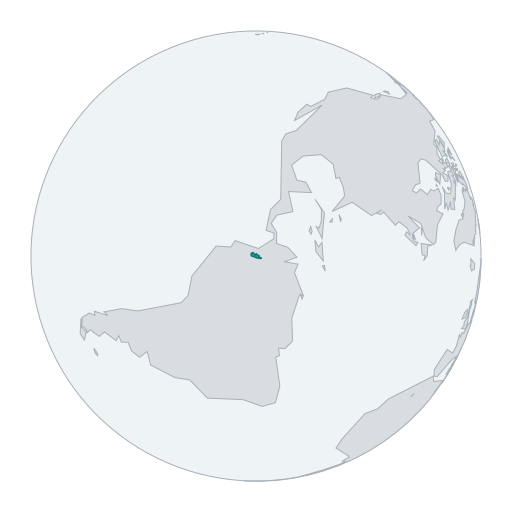 Huila highlighted on a globe, orthographic projection, rotated 71°
{"feature_id": "COL-1405", "entity_name": "Huila", "entity_type": "Department", "adm_level": 1, "iso_a3": "COL", "parent_name": "Colombia", "parent_adm1": "", "projection": "orthographic", "projection_center": [-75.51, 2.666], "detail": "fine", "context": "on_globe", "style": "filled", "palette": "teal", "viewbox_px": 512, "rotation_deg": 71, "n_neighbors": 0, "source": "natural_earth", "source_scale": "10m", "svg_char_len": 8726}
<svg xmlns="http://www.w3.org/2000/svg" viewBox="0 0 512 512"><g transform="rotate(71 256 256)"><circle cx="256" cy="256" r="225" fill="#eef3f6" stroke="#a8b0b8"/><path d="M245.6,233.8L240.3,231.4L235.1,238.1L216.9,227.3L210.5,214.2L155.6,194.2L150.2,187.8L150.5,177.2L134.8,144.3L140.4,175.4L133.8,169.5L129.0,158.5L132.4,155.6L130.2,139.8L124.6,134.3L126.6,115.7L142.3,92.8L143.7,96.0L147.3,90.8L145.9,86.8L144.0,85.6L154.5,67.8L152.0,61.0L143.8,64.1L151.4,59.9L131.0,70.2L124.9,73.1L136.3,66.8L141.0,64.1L139.1,64.1L143.5,61.4L145.1,60.1L150.5,57.1L156.8,54.5L160.4,52.8L158.8,53.0L163.3,50.8L165.0,50.5L172.9,46.7L184.9,43.3L185.1,47.9L196.2,46.0L208.3,51.6L211.8,49.6L218.5,51.5L225.0,50.1L225.4,52.2L230.2,49.4L228.6,47.7L230.1,46.1L233.8,45.4L234.9,47.7L233.3,48.4L235.5,48.8L234.5,50.4L237.1,49.2L238.1,52.5L242.5,48.2L247.8,50.2L247.0,52.7L240.0,53.6L220.8,64.2L217.8,68.3L220.6,72.5L240.8,77.3L240.5,81.8L245.2,87.1L248.6,83.7L246.2,78.5L253.8,74.0L249.9,68.9L252.4,66.7L251.3,61.6L259.0,61.3L267.2,64.1L268.6,68.6L272.2,70.2L277.1,65.5L285.6,74.3L301.5,81.5L302.9,84.4L294.4,89.5L278.8,89.7L267.8,99.0L282.7,92.3L285.8,100.6L289.6,102.0L293.9,101.5L295.7,98.3L298.4,101.4L284.8,108.4L282.1,105.7L286.5,103.3L279.1,103.8L270.0,109.9L272.3,114.3L255.9,121.0L257.4,124.4L254.7,128.2L253.4,122.0L255.3,133.7L236.5,147.5L238.7,169.6L228.2,152.7L219.3,151.0L208.6,151.7L208.7,155.2L194.4,153.1L181.5,161.1L176.8,179.0L181.7,192.7L197.6,192.7L202.4,184.8L214.1,182.9L205.7,204.2L226.1,206.7L224.1,222.8L230.0,231.1L240.3,228.7L250.8,232.6L258.3,223.0L270.4,217.7L270.8,230.8L277.4,218.8L284.2,225.0L308.2,224.2L306.4,227.2L326.6,242.5L348.1,249.0L353.1,258.6L350.5,264.6L357.9,266.3L358.0,270.2L386.8,275.8L401.0,285.4L400.2,299.1L387.6,315.0L374.6,348.1L351.5,359.1L344.6,372.2L324.7,391.2L310.9,389.9L313.8,399.1L305.3,404.6L296.0,405.0L293.5,411.4L286.6,411.6L290.6,415.8L278.5,423.9L280.9,430.5L271.8,436.8L273.6,440.5L270.5,440.4L267.1,441.8L266.4,443.8L257.4,440.4L255.7,431.9L259.7,427.6L255.6,426.8L264.1,415.4L259.4,417.8L262.0,400.3L269.5,385.5L275.8,341.9L271.2,333.1L254.1,323.1L233.6,290.4L239.3,276.9L234.7,270.6L249.7,251.3L245.6,233.8ZM46.0,184.7L47.7,179.7L47.3,182.7L46.0,184.7ZM48.2,176.8L47.7,178.5L48.1,177.1L48.2,176.8ZM48.2,176.0L48.2,176.6L48.0,176.4L48.2,176.0ZM47.9,175.5L48.1,175.5L47.9,175.5ZM237.5,177.3L260.9,187.8L247.7,189.4L250.2,187.3L244.3,182.9L233.2,179.0L221.6,181.7L237.5,177.3ZM48.1,173.2L48.3,172.4L48.6,172.0L48.1,173.2ZM247.9,164.7L243.8,163.9L247.8,163.7L247.9,164.7ZM142.4,85.7L145.4,87.2L145.1,92.1L142.1,91.0L142.4,85.7ZM143.6,77.6L146.2,77.1L141.9,81.9L141.8,80.6L143.6,77.6ZM137.0,67.3L138.5,67.3L135.5,68.4L137.0,67.3ZM144.4,60.5L142.5,61.5L144.2,60.5L144.4,60.5ZM247.1,62.2L249.1,61.9L248.3,63.0L247.1,62.2ZM244.6,60.4L242.2,61.9L240.6,61.3L242.2,60.4L244.6,60.4ZM156.5,53.9L154.9,54.7L153.9,55.2L155.8,54.2L156.5,53.9ZM248.0,58.8L238.2,60.1L235.6,59.1L239.3,55.1L248.0,58.8ZM165.3,49.8L164.6,50.1L163.7,50.5L165.3,49.8ZM226.5,47.6L228.3,49.3L223.4,48.7L226.5,47.6ZM222.9,47.7L205.5,49.6L204.5,47.3L210.5,46.9L206.6,44.9L214.7,42.8L218.7,43.4L217.7,45.2L221.6,43.1L222.9,47.7ZM230.4,45.5L226.9,45.8L225.8,43.8L232.5,42.7L230.7,43.6L230.4,45.5ZM201.6,45.7L202.0,44.2L208.6,42.0L209.7,41.2L214.8,42.5L201.6,45.7ZM232.8,43.7L236.0,42.2L239.8,42.7L233.6,45.0L232.8,43.7ZM222.7,43.8L222.6,42.8L224.8,42.9L222.7,43.8ZM255.1,44.1L251.0,44.1L250.1,42.9L255.1,44.1ZM236.9,41.7L235.5,41.6L234.7,41.2L237.5,40.4L236.9,41.7ZM219.2,41.1L221.9,40.6L217.4,40.4L222.2,39.1L224.8,40.3L225.7,39.3L227.2,38.9L227.6,40.4L219.2,41.1ZM237.9,38.8L242.8,40.6L250.6,40.5L251.6,41.4L238.9,41.4L237.9,38.8ZM231.8,39.5L235.8,39.2L235.0,40.3L231.8,41.2L231.8,39.5ZM224.6,37.9L216.5,39.5L216.2,39.2L224.6,37.9ZM240.3,38.5L239.0,38.1L240.9,38.3L240.3,38.5ZM229.6,37.7L226.8,38.2L226.5,37.9L229.6,37.7ZM238.9,37.1L240.5,37.5L238.4,38.1L238.9,37.1ZM234.8,37.1L235.1,36.6L236.7,38.0L233.5,37.4L234.8,37.1ZM229.8,37.3L228.7,37.2L231.0,37.1L229.8,37.3ZM246.0,35.1L248.5,36.8L243.9,37.8L242.1,35.9L246.0,35.1ZM272.3,447.6L258.0,441.7L266.1,444.4L272.4,441.2L279.6,445.6L272.3,447.6ZM290.4,439.2L297.3,437.4L298.7,438.4L294.3,440.0L290.4,439.2ZM419.5,101.0L413.2,95.0L417.7,99.7L425.0,107.0L428.4,111.0L433.5,117.3L428.4,111.1L416.3,99.4L417.3,103.8L429.1,124.0L427.5,126.8L421.4,124.3L406.6,105.6L411.8,101.7L406.6,96.0L396.6,89.2L399.0,89.0L395.5,86.1L396.6,84.8L389.3,77.1L389.1,75.7L377.7,67.6L376.0,66.1L383.2,71.1L388.1,74.3L386.9,72.6L403.9,86.0L419.5,101.0ZM354.3,53.3L359.0,55.7L363.9,58.3L368.0,60.6L381.6,69.1L384.0,71.0L370.1,62.5L372.0,64.8L360.4,58.2L333.5,44.5L331.3,43.7L354.3,53.3ZM464.8,340.6L471.5,321.1L476.3,303.1L478.7,289.7L480.1,261.4L480.2,244.8L479.3,238.4L478.1,240.8L476.4,233.3L475.2,233.6L463.6,242.9L456.7,233.7L440.5,204.2L440.2,191.1L434.3,177.2L427.3,127.5L432.4,128.8L434.4,120.2L435.8,121.4L442.7,131.5L447.9,138.0L455.9,152.1L462.8,166.8L468.7,181.9L473.5,197.4L477.2,213.2L479.7,229.2L481.0,245.4L481.2,261.6L480.2,277.8L478.1,293.9L474.8,309.8L470.3,325.4L464.8,340.6ZM437.4,151.1L439.4,155.2L439.5,155.2L437.4,151.1ZM308.9,224.0L311.8,226.5L308.0,226.6L308.9,224.0ZM245.9,194.7L250.8,194.9L253.4,196.9L249.6,197.6L245.9,194.7ZM287.2,194.3L292.9,195.4L287.0,196.5L287.2,194.3ZM264.6,189.2L282.7,194.0L271.4,197.9L259.9,195.1L267.8,193.9L264.6,189.2ZM245.6,171.9L248.7,172.8L247.8,175.1L245.6,171.9ZM250.8,164.6L249.6,164.9L248.0,163.0L250.8,164.6ZM286.6,100.1L287.8,99.7L292.2,99.9L290.3,101.3L286.6,100.1ZM311.2,93.9L315.0,99.0L310.9,96.0L308.9,98.5L297.9,95.8L303.0,85.7L302.6,90.5L311.2,93.9ZM284.5,90.3L290.9,92.6L283.7,90.6L284.5,90.3ZM375.4,73.6L378.6,74.8L382.5,78.1L382.7,81.8L377.1,76.7L375.4,73.6ZM382.4,75.8L368.5,67.5L367.8,65.5L370.6,67.9L371.5,67.4L376.2,71.3L389.0,78.3L393.3,81.9L391.4,85.5L389.7,82.1L386.6,80.9L382.4,75.8ZM334.5,55.7L328.5,53.8L334.7,51.7L339.6,53.9L340.2,57.2L334.7,56.6L334.5,55.7ZM256.4,52.2L253.7,52.8L253.4,52.0L255.4,50.8L256.4,52.2ZM253.3,44.2L267.9,49.3L265.5,50.1L276.9,53.1L275.1,56.4L267.8,54.2L275.0,59.4L267.7,58.8L273.2,62.3L257.1,57.1L250.9,57.3L258.5,55.7L260.3,52.5L259.2,51.2L251.4,47.9L238.8,47.4L238.6,44.8L241.7,43.1L244.7,42.8L244.0,44.4L248.5,42.9L249.7,45.1L253.3,44.2ZM279.3,33.5L277.1,34.1L286.5,34.3L287.7,35.3L288.7,35.3L292.3,36.4L298.6,38.0L298.1,38.5L300.7,39.0L303.2,40.0L306.6,40.9L307.0,42.3L311.2,43.7L308.9,43.6L316.2,45.7L310.9,44.8L313.6,46.6L317.3,46.5L310.6,54.8L311.8,60.1L315.7,65.3L306.2,64.0L296.5,58.6L288.1,52.3L288.2,47.9L283.9,48.5L282.7,46.7L286.6,47.0L279.9,45.5L279.9,44.2L272.4,40.6L262.6,40.1L259.6,39.1L263.5,38.7L257.8,38.0L263.1,36.7L261.0,36.1L264.2,34.5L272.8,34.6L269.9,34.0L272.2,33.2L279.3,33.5ZM247.2,34.6L257.2,33.8L262.8,34.1L255.0,36.8L256.1,37.5L251.3,40.0L243.3,39.6L245.4,38.8L245.6,38.1L248.0,38.5L246.2,37.6L249.1,36.8L248.4,36.0L251.9,35.8L247.2,34.6ZM433.1,117.3L433.4,117.5L432.9,116.6L436.8,121.7L433.1,117.3ZM425.1,109.4L424.8,108.5L430.0,114.5L429.7,114.7L425.1,109.4ZM420.1,103.2L424.3,108.0L421.8,105.5L420.1,103.2ZM382.4,70.3L381.5,69.4L383.2,70.5L385.7,72.4L382.4,70.3ZM307.4,36.8L305.2,36.4L303.9,36.1L296.4,34.8L294.9,34.3L298.8,34.9L307.4,36.8ZM304.5,36.0L301.6,35.4L302.6,35.6L304.5,36.0ZM293.4,33.9L293.9,33.9L293.8,34.1L293.4,33.9Z" fill="#d9dde1" stroke="#a8b0b8" stroke-width="1"/><path d="M258.4,254.9L258.2,255.0L257.9,255.3L257.8,255.5L257.8,255.8L258.0,255.9L258.0,256.0L257.9,256.3L257.5,256.5L257.4,256.6L257.2,256.5L256.9,257.1L256.8,257.3L256.7,257.4L256.4,257.6L256.3,257.8L256.1,258.0L255.8,258.5L255.5,258.8L255.3,259.1L255.1,259.4L254.8,259.7L254.8,259.8L254.7,259.9L254.4,260.1L254.2,260.3L253.8,260.3L253.5,260.3L253.4,260.2L253.2,260.2L252.9,260.1L252.7,260.0L252.5,259.9L252.3,259.6L252.1,259.3L251.8,259.1L251.7,258.9L251.7,258.7L251.9,258.6L251.9,258.4L251.8,258.2L252.0,258.1L252.3,258.2L252.5,257.9L252.6,257.6L252.5,257.2L252.8,257.1L253.0,257.2L253.5,257.2L253.9,257.0L254.0,256.9L254.2,256.7L254.3,256.8L254.5,256.9L254.8,256.8L254.8,256.5L254.8,256.4L254.9,256.0L254.9,255.9L254.8,255.7L254.7,255.7L254.4,255.4L254.0,255.0L254.1,254.9L254.3,255.0L254.6,255.1L254.8,255.1L254.9,254.9L255.1,254.7L255.5,254.4L255.6,254.2L255.8,253.8L255.9,253.6L256.0,253.4L256.3,253.3L256.4,253.2L256.5,253.2L256.8,253.1L257.0,253.2L257.3,253.2L257.5,253.0L257.9,253.0L257.8,253.3L257.7,253.4L257.7,253.5L257.8,253.5L258.1,253.6L258.4,253.5L258.6,253.3L258.7,253.1L258.8,253.0L258.9,252.9L258.9,252.7L259.0,252.6L259.0,252.4L259.2,252.2L259.3,252.0L259.4,251.9L259.7,251.7L259.8,251.8L260.0,251.9L260.0,252.0L259.9,252.2L259.8,252.4L259.5,252.8L259.4,253.1L259.4,253.4L259.4,253.5L259.3,253.9L259.2,253.9L259.0,254.0L258.9,254.1L258.7,254.3L258.5,254.6L258.4,254.9L258.4,254.9Z" fill="#14b8a6" stroke="#0f766e" stroke-width="1.5"/></g></svg>